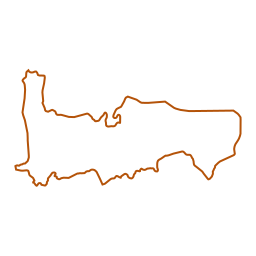 outline of Hamah
{"feature_id": "SYR-138", "entity_name": "Hamah", "entity_type": "Province", "adm_level": 1, "iso_a3": "SYR", "parent_name": "Syria", "parent_adm1": "", "projection": "albers", "projection_center": [37.023, 35.303], "detail": "fine", "context": "isolated", "style": "outline", "palette": "amber", "viewbox_px": 256, "rotation_deg": 0, "n_neighbors": 0, "source": "natural_earth", "source_scale": "10m", "svg_char_len": 5796}
<svg xmlns="http://www.w3.org/2000/svg" viewBox="0 0 256 256"><path d="M127.8,96.6L136.6,99.7L140.3,102.2L141.2,102.6L142.0,102.8L148.0,102.9L165.1,101.6L174.0,107.8L175.8,108.6L180.4,109.9L189.2,111.1L233.4,110.6L237.6,113.6L238.8,114.9L240.5,117.3L240.6,119.5L240.5,133.7L240.0,135.8L239.0,138.5L238.0,140.3L235.5,144.1L235.1,145.0L234.6,146.4L234.4,147.4L234.2,148.5L234.2,149.6L234.8,153.8L234.5,154.4L233.8,155.1L220.1,161.4L218.4,162.7L215.6,165.4L215.1,166.0L215.0,167.3L214.9,167.6L214.7,167.9L214.1,168.8L213.5,170.3L212.9,171.4L212.8,171.7L212.9,173.0L212.9,173.6L212.8,174.1L212.6,174.7L212.5,174.9L212.2,175.5L212.1,176.0L211.9,176.4L211.8,176.6L209.9,178.7L208.9,179.2L208.6,179.3L208.3,179.3L207.7,178.7L203.6,173.5L202.7,172.1L202.0,171.3L196.0,166.5L195.5,166.2L194.6,165.4L194.2,164.9L194.0,164.5L193.7,162.8L193.6,161.5L193.4,160.7L192.9,158.9L192.7,158.6L192.0,157.8L191.5,156.6L191.2,156.1L190.7,155.4L190.0,154.9L189.5,154.8L187.4,154.8L186.9,154.7L186.5,154.6L186.1,154.4L185.6,154.0L184.4,152.6L183.7,152.0L183.0,151.6L182.8,151.5L182.5,151.5L182.1,151.5L173.5,153.6L168.6,155.3L167.2,155.6L166.8,155.7L165.8,155.6L165.3,155.8L164.6,156.2L161.3,158.5L159.3,159.6L158.6,160.1L158.0,160.7L157.6,161.7L157.4,162.2L157.2,163.9L157.2,167.2L157.3,167.7L157.8,169.3L157.9,169.7L157.9,170.0L157.9,170.3L157.8,170.7L157.6,171.0L157.2,171.4L156.9,171.4L156.5,171.4L155.7,171.3L155.0,170.9L154.6,170.5L153.7,168.8L153.4,168.5L152.9,168.4L152.4,168.3L151.2,168.4L150.4,168.2L149.8,168.3L148.5,168.5L147.9,168.5L147.5,168.6L147.0,168.8L146.0,169.4L145.4,169.7L144.7,169.9L143.7,169.8L143.0,169.6L141.9,168.9L141.5,168.7L141.2,168.8L140.8,169.1L140.3,169.8L140.1,170.2L140.0,170.6L140.0,171.1L139.8,171.2L139.5,171.3L137.9,170.9L136.7,170.9L136.5,171.0L136.2,171.1L135.9,171.3L135.6,171.8L135.5,172.1L135.2,173.2L135.1,173.3L134.2,174.2L134.1,174.4L134.0,174.6L133.9,174.8L133.5,176.4L133.2,177.0L132.6,177.8L131.9,178.3L131.6,178.4L131.2,178.4L129.9,178.1L129.0,177.6L128.7,177.4L128.3,177.0L127.9,176.2L127.5,175.1L127.4,174.9L126.9,174.5L126.2,174.1L125.8,173.9L125.0,173.9L124.4,174.1L122.0,175.8L121.3,176.3L121.0,176.8L120.8,177.5L120.7,177.7L119.6,177.3L118.8,176.9L118.3,176.6L117.7,176.2L117.3,176.1L116.5,176.0L116.2,176.2L115.8,176.5L114.7,178.0L114.4,178.2L113.9,178.4L112.1,178.5L111.2,178.8L110.5,179.2L105.3,183.4L104.7,183.8L102.5,184.5L99.9,178.7L96.7,172.1L96.1,171.4L94.6,170.1L93.3,169.7L92.2,169.6L91.5,169.7L90.9,169.9L89.3,171.0L88.9,171.2L88.4,171.2L87.4,171.2L86.8,171.4L86.2,171.6L84.8,172.9L84.4,173.1L81.1,173.3L80.6,173.2L79.7,173.2L78.8,173.5L78.4,173.5L78.1,173.4L77.0,173.7L68.7,177.9L63.6,177.7L61.3,178.2L60.0,179.0L59.4,179.2L58.9,179.2L58.3,179.0L57.4,178.6L57.0,178.3L56.8,178.0L56.8,177.1L56.7,176.9L56.6,176.7L56.3,176.5L55.8,176.4L55.1,176.3L54.9,176.2L54.7,176.1L54.7,175.6L54.8,175.4L54.8,175.2L55.4,174.3L55.6,173.8L55.6,173.6L55.5,173.4L55.3,173.0L54.8,172.7L54.4,172.5L53.6,172.5L52.7,172.7L52.2,173.0L51.4,174.1L50.5,175.5L48.0,178.4L47.9,179.4L48.0,180.2L47.9,180.5L47.7,180.9L47.2,181.6L47.0,182.0L46.9,182.4L46.8,183.5L46.8,183.8L46.6,184.0L45.8,184.9L45.6,185.3L45.1,185.5L44.7,185.5L41.5,184.8L40.8,183.5L40.5,183.3L40.1,183.1L39.3,183.1L39.0,183.2L38.7,183.3L38.4,183.6L37.2,185.3L36.9,185.6L36.5,185.7L36.1,185.4L35.6,184.9L34.6,183.5L34.2,183.0L33.9,182.7L33.7,182.6L33.2,182.5L33.2,182.3L33.3,181.9L33.9,181.1L34.4,180.7L34.3,180.3L33.7,179.2L33.3,178.3L32.8,177.7L30.1,175.7L29.7,175.3L29.5,175.0L29.2,174.2L28.8,172.4L28.2,170.8L27.6,170.5L26.6,170.3L22.6,170.7L20.9,170.6L16.1,169.6L15.4,166.1L16.5,165.5L17.5,165.4L18.5,165.6L18.9,165.7L19.3,165.6L19.7,165.3L20.3,164.8L20.7,164.7L21.1,164.5L22.1,164.4L22.5,164.2L23.1,163.8L23.6,163.6L25.0,163.5L25.4,163.3L26.2,162.4L26.5,162.1L27.2,161.6L27.6,161.1L27.9,160.4L28.8,157.5L28.8,155.5L27.7,140.5L27.7,138.1L27.5,133.1L24.9,120.2L23.2,115.3L22.6,112.8L22.5,112.4L24.6,98.3L25.1,89.9L24.8,85.9L24.6,84.4L24.3,83.6L24.0,82.9L22.8,81.2L22.6,80.8L22.6,80.3L23.0,79.6L24.0,78.5L25.6,77.4L25.9,76.9L26.1,76.1L26.3,72.9L26.7,71.8L28.4,70.3L28.9,71.2L29.1,71.5L30.0,72.1L30.7,72.4L31.5,72.5L32.9,72.4L34.1,71.9L34.9,71.6L35.3,71.5L35.7,71.5L36.2,71.6L36.5,72.0L37.1,72.7L37.6,73.8L37.8,74.6L38.0,75.0L39.4,75.5L43.9,75.6L44.6,76.1L44.8,77.7L44.1,83.3L42.6,90.2L42.4,92.4L43.2,101.0L43.0,101.7L42.8,102.2L42.6,102.5L42.5,103.0L44.7,108.1L45.2,110.3L45.9,111.1L48.1,111.7L51.7,110.0L52.2,109.9L52.9,110.1L54.7,111.1L55.0,111.3L55.3,111.6L55.7,112.4L55.9,113.2L56.3,114.0L56.6,114.3L56.9,114.6L57.3,114.7L57.8,114.9L58.9,114.9L60.9,114.8L61.9,115.0L68.8,116.9L74.2,117.1L86.7,113.7L87.6,113.7L88.1,113.9L88.5,114.1L91.6,116.9L92.0,117.6L92.1,118.0L92.5,118.8L92.8,119.1L93.2,119.3L94.3,120.0L94.5,120.3L94.7,120.7L95.0,121.0L95.4,121.2L96.1,121.2L97.1,121.0L97.9,120.9L98.6,120.7L99.2,120.2L101.0,117.4L103.3,115.2L103.6,114.7L104.5,113.1L104.8,112.8L105.1,112.6L105.6,112.7L106.0,113.0L106.2,113.3L106.6,114.1L106.8,114.5L106.8,114.9L106.9,115.9L106.8,117.0L106.7,117.5L105.7,119.6L105.6,120.1L105.6,121.1L106.0,122.9L106.0,123.3L106.1,124.9L106.2,125.3L106.4,125.7L106.7,126.0L107.1,126.2L107.5,126.4L108.0,126.5L109.0,126.5L111.3,126.2L113.5,126.3L114.0,126.2L114.6,126.0L115.0,125.7L115.4,125.4L116.2,124.0L116.8,123.2L117.5,122.7L117.9,122.6L118.3,122.5L118.8,122.5L119.6,122.8L120.0,122.8L120.1,122.4L120.2,117.1L120.1,116.2L119.9,115.7L119.7,115.4L119.4,115.1L119.1,114.9L118.7,114.8L118.3,114.9L117.9,115.1L117.4,115.8L116.8,117.0L116.6,117.3L116.3,117.6L115.9,117.9L115.5,118.0L115.0,118.0L114.5,118.0L114.1,117.8L113.7,117.5L113.5,117.2L113.3,116.8L113.3,116.3L113.4,115.8L113.6,114.9L115.6,110.5L116.2,109.6L116.7,109.0L118.1,108.2L120.2,107.2L121.0,106.8L121.6,105.9L124.1,101.4L125.2,98.7L125.6,98.1L125.8,97.7L127.8,96.6Z" fill="none" stroke="#b45309" stroke-width="2"/></svg>